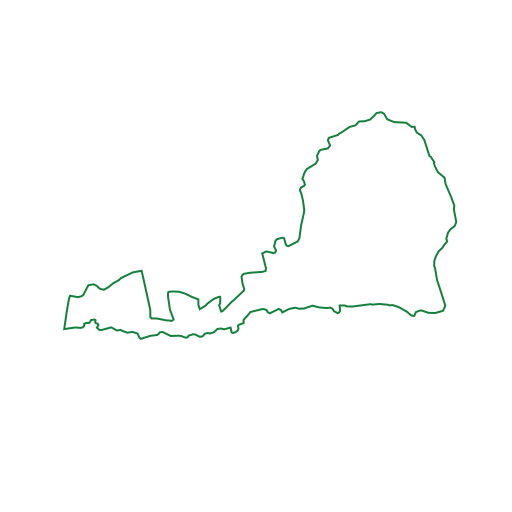 the district of Pasaco, Jutiapa, Guatemala, rotated 74°
{"feature_id": "79465075B50334197995085", "entity_name": "Pasaco", "entity_type": "district", "adm_level": 2, "iso_a3": "GTM", "parent_name": "Guatemala", "parent_adm1": "Jutiapa", "projection": "robinson", "projection_center": [-90.222, 13.895], "detail": "fine", "context": "isolated", "style": "outline", "palette": "green", "viewbox_px": 512, "rotation_deg": 74, "n_neighbors": 0, "source": "geoboundaries", "source_scale": "gbopen_adm2", "svg_char_len": 3412}
<svg xmlns="http://www.w3.org/2000/svg" viewBox="0 0 512 512"><g transform="rotate(74 256 256)"><path d="M243.0,445.7L244.2,446.7L246.6,448.1L257.6,453.4L273.4,460.5L274.8,449.8L276.8,444.3L276.8,441.9L275.8,440.4L273.8,439.8L273.6,437.4L274.1,436.1L274.2,434.4L272.1,432.1L272.6,428.8L273.3,428.0L274.1,428.2L274.9,428.8L276.4,428.6L276.8,427.9L277.3,427.1L278.0,426.6L279.0,426.5L281.0,428.7L283.9,426.9L284.6,424.4L284.7,414.8L289.3,410.2L289.7,406.5L291.0,405.3L294.2,400.9L294.9,395.7L297.9,391.2L302.1,390.7L303.9,389.6L303.6,379.5L304.7,372.7L303.8,370.6L302.9,369.6L303.3,366.7L309.4,360.0L311.2,352.6L312.2,350.1L315.2,346.1L315.2,344.1L314.0,342.7L313.9,337.9L314.8,335.9L318.2,332.3L318.5,329.5L316.6,326.5L316.7,323.6L317.8,321.6L317.6,317.3L315.5,313.2L316.0,309.8L317.7,306.9L317.8,300.2L322.8,300.5L323.6,299.4L323.7,297.0L322.6,294.1L320.8,292.8L318.3,292.7L317.4,291.6L317.1,286.5L313.9,285.5L311.3,281.1L308.3,276.7L308.7,265.3L309.2,263.0L310.9,260.8L313.3,260.2L314.9,258.5L313.1,248.7L315.0,246.8L317.5,246.3L316.0,238.5L316.6,232.4L318.6,229.0L319.7,224.4L319.3,215.4L322.8,209.6L325.4,202.6L326.1,198.9L327.6,197.1L330.5,196.3L333.5,193.2L333.2,191.7L332.0,190.4L326.6,189.2L328.0,184.3L329.4,182.8L331.1,177.6L333.9,159.1L334.7,158.0L336.1,150.7L339.2,142.7L340.1,141.6L340.8,138.3L344.4,132.9L351.1,126.4L356.1,123.0L357.2,120.4L354.0,117.7L353.6,113.9L353.9,112.1L358.2,105.8L360.2,99.4L360.2,91.3L355.9,87.7L335.4,88.3L329.1,88.6L316.7,87.2L314.6,87.5L309.6,85.8L306.1,83.3L301.9,79.2L299.6,74.8L296.4,70.9L294.7,68.2L291.8,68.3L286.4,64.9L283.9,61.7L281.9,56.7L278.5,54.1L266.1,53.0L262.2,51.5L253.6,52.1L239.1,53.9L232.7,53.2L225.6,58.0L218.6,59.4L215.8,59.4L215.2,58.7L209.0,60.6L207.7,61.7L191.0,62.2L185.6,63.9L181.7,67.4L178.4,68.1L175.5,67.9L174.8,70.8L169.3,74.9L165.4,86.2L161.5,91.3L160.7,92.1L154.5,93.8L152.3,96.0L151.8,100.7L153.6,103.5L156.3,108.6L156.4,114.4L155.1,119.9L156.5,122.2L157.4,123.6L157.8,125.0L157.8,126.9L157.7,130.3L160.8,139.8L161.4,142.6L162.2,143.7L162.5,153.4L164.6,155.0L170.2,154.3L172.4,157.3L171.8,164.4L172.4,166.1L175.4,168.8L176.4,169.7L180.7,170.1L183.6,173.0L186.4,183.0L188.0,185.2L190.2,187.1L193.7,189.4L194.6,190.2L197.5,189.3L200.9,189.3L201.8,190.4L202.6,193.9L204.6,195.7L209.2,195.2L215.7,195.6L225.4,197.0L228.2,198.3L239.6,204.5L251.0,209.4L253.5,212.0L255.5,222.1L254.7,223.6L253.0,224.2L246.7,224.1L245.7,225.7L245.6,228.1L245.7,231.5L246.7,233.1L249.1,234.4L251.7,236.0L256.4,235.2L258.0,236.8L258.1,238.2L254.5,244.7L255.2,249.3L270.6,249.8L273.0,250.9L273.0,254.3L270.4,266.7L269.8,272.5L270.3,274.0L271.8,275.6L279.0,276.6L284.2,276.4L285.8,277.0L292.5,289.9L293.1,291.6L298.3,300.6L299.2,302.3L299.8,303.5L299.8,304.8L293.2,305.0L291.6,303.5L286.3,301.8L285.3,301.8L285.0,302.8L285.6,308.4L288.4,315.9L289.9,318.3L291.6,324.7L287.3,324.9L281.8,323.4L277.6,329.0L273.0,334.0L269.2,339.7L267.0,346.3L266.8,347.7L266.5,349.0L266.4,350.1L267.4,350.7L268.7,351.2L271.8,351.9L283.7,353.5L292.8,352.8L293.6,352.6L294.5,352.9L295.0,354.3L295.0,355.5L294.3,356.7L293.1,360.1L288.6,368.8L287.3,373.6L285.6,374.4L278.6,372.5L264.8,371.6L238.7,370.0L237.8,378.9L240.0,391.9L241.5,394.7L242.8,400.6L245.4,406.8L246.5,411.5L244.8,414.6L243.5,415.8L242.0,416.6L240.2,417.9L238.5,419.9L237.9,425.2L243.7,430.8L244.8,431.7L246.0,433.0L246.6,435.3L246.5,438.6L245.0,441.5L243.0,445.7Z" fill="none" stroke="#15803d" stroke-width="2"/></g></svg>